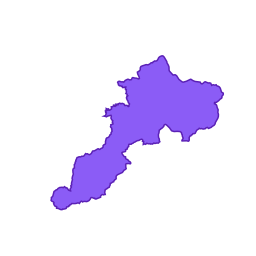 the district of Rio Iró (Santa Rita), Chocó, Colombia, rotated 334°
{"feature_id": "7082276B57881293772314", "entity_name": "Rio Iró (Santa Rita)", "entity_type": "district", "adm_level": 2, "iso_a3": "COL", "parent_name": "Colombia", "parent_adm1": "Chocó", "projection": "orthographic", "projection_center": [-76.486, 5.181], "detail": "fine", "context": "isolated", "style": "filled", "palette": "violet", "viewbox_px": 256, "rotation_deg": 334, "n_neighbors": 0, "source": "geoboundaries", "source_scale": "gbopen_adm2", "svg_char_len": 5946}
<svg xmlns="http://www.w3.org/2000/svg" viewBox="0 0 256 256"><g transform="rotate(334 128 128)"><path d="M30.0,169.7L31.5,171.6L32.9,172.5L33.8,172.2L34.5,172.7L36.7,173.2L37.3,173.1L38.2,172.1L39.6,172.5L40.0,172.5L40.5,172.0L41.3,172.3L41.9,171.6L43.0,171.8L44.2,171.2L47.2,172.7L48.5,173.1L50.0,173.3L50.7,173.7L51.2,174.5L53.1,173.4L54.0,173.3L54.3,173.6L54.8,174.6L55.4,174.5L56.6,174.8L58.7,176.1L60.2,176.2L61.4,176.1L62.0,175.6L62.5,175.6L63.9,174.5L64.4,174.4L65.3,174.8L66.4,176.1L67.3,176.5L67.3,177.3L68.1,177.8L73.0,178.2L73.3,177.4L74.3,176.8L75.5,176.5L76.3,176.9L76.9,177.5L77.9,177.4L78.4,177.7L78.9,175.4L79.8,174.5L80.1,173.7L81.7,173.3L82.4,173.4L83.0,173.1L85.3,173.0L85.8,172.3L86.9,171.5L87.8,170.0L88.8,170.2L90.6,169.8L91.5,170.1L92.3,169.3L93.5,168.7L94.4,168.8L95.4,168.0L95.7,166.9L96.3,166.1L97.0,165.7L98.2,165.4L103.5,165.5L105.9,164.2L107.7,164.1L108.2,163.9L108.7,163.5L108.8,162.1L109.4,161.2L109.8,160.0L110.7,159.3L113.0,160.2L114.3,161.2L114.8,161.1L115.2,160.5L115.1,159.4L114.1,157.8L113.9,156.3L112.8,155.2L112.6,154.5L112.6,154.0L113.2,153.0L113.0,152.6L112.1,152.1L111.8,150.9L111.4,148.5L111.8,147.4L112.7,147.4L115.4,148.0L116.1,147.2L116.3,146.4L117.2,146.4L118.1,146.6L119.1,145.2L120.5,145.0L121.1,143.6L121.8,143.1L123.9,144.0L124.4,143.7L125.8,143.9L126.9,143.5L128.0,143.7L129.4,143.5L130.9,143.5L132.5,144.0L133.4,143.8L135.2,144.0L135.7,144.4L135.9,145.0L135.9,145.6L135.2,146.3L136.1,147.1L136.1,147.3L135.5,147.9L134.5,149.5L135.9,149.6L136.7,150.4L138.1,150.0L139.9,151.5L141.0,151.7L141.3,152.4L142.7,152.8L143.0,153.2L144.7,152.9L145.4,153.7L147.2,154.1L148.7,154.9L149.8,154.4L150.6,154.3L150.6,153.2L151.3,151.6L151.3,150.0L151.8,148.6L152.5,147.1L153.7,145.9L155.2,143.6L156.8,143.4L157.2,143.1L158.3,143.1L160.4,142.4L160.9,142.2L161.5,141.3L162.5,141.1L163.1,141.1L163.9,142.0L165.4,146.1L165.9,149.4L166.1,149.8L167.9,151.4L170.8,152.6L173.0,153.9L173.6,154.6L174.0,155.7L173.6,156.8L173.8,157.8L173.3,158.9L173.1,161.3L172.1,162.2L171.1,162.6L170.9,163.3L175.1,165.2L176.4,166.3L177.0,166.3L177.7,165.8L178.8,163.4L180.3,162.4L181.2,162.6L182.0,162.0L182.9,162.2L183.9,161.5L185.1,162.1L186.0,162.2L188.5,160.3L189.5,160.0L191.5,159.8L191.9,159.5L192.6,160.4L193.6,160.6L195.1,161.9L197.1,162.5L198.2,162.1L199.5,162.2L200.2,163.7L203.0,163.9L204.4,163.5L206.6,163.3L208.1,162.5L208.9,161.4L213.0,158.6L214.3,157.2L215.3,155.3L215.6,153.3L217.0,151.2L217.1,148.8L217.6,146.6L217.6,145.9L216.9,145.1L216.9,144.3L216.4,144.0L216.8,143.2L217.3,143.0L218.1,143.6L218.6,143.7L221.5,143.2L223.3,142.5L225.1,142.3L225.8,141.8L225.9,141.4L226.4,140.6L227.9,140.0L228.4,139.5L228.9,138.4L227.8,136.7L228.4,132.6L228.1,131.1L227.4,130.0L226.7,129.5L226.2,128.5L226.2,127.8L224.7,127.5L223.5,126.4L221.9,126.4L222.0,124.0L221.1,123.2L219.8,122.7L217.8,120.4L216.9,120.2L215.2,120.7L214.0,120.8L213.3,120.3L213.0,119.2L213.0,118.4L208.6,115.5L207.1,113.8L206.0,111.9L205.5,111.6L201.1,111.6L197.7,111.0L196.9,110.3L195.1,106.7L194.6,102.2L193.7,100.8L191.7,100.1L190.2,95.1L190.3,94.0L191.6,91.1L191.8,89.2L191.6,86.5L192.0,85.3L191.6,80.1L191.0,78.5L190.1,78.0L188.3,77.8L187.1,78.0L186.2,78.4L185.0,79.4L183.5,80.2L182.2,80.0L181.3,79.4L180.8,79.6L179.7,79.5L178.7,80.1L177.4,79.5L175.5,80.0L173.6,80.0L172.1,79.0L168.0,78.4L166.5,78.4L165.3,79.4L164.7,80.8L163.6,81.6L160.9,81.9L160.4,83.7L160.4,87.0L159.9,88.5L159.0,88.5L157.4,86.9L156.0,86.1L154.5,84.8L153.7,84.8L152.3,86.0L150.7,85.6L149.7,84.4L148.9,84.0L146.4,84.0L144.3,84.9L143.8,84.3L142.4,83.7L141.4,82.9L141.1,82.4L140.1,82.0L139.4,82.0L138.7,82.4L138.6,84.4L138.3,84.9L138.8,86.3L139.7,86.7L140.3,87.6L141.0,87.8L141.1,88.3L140.8,89.1L141.1,89.5L142.8,89.8L143.0,90.5L143.8,90.1L144.0,90.2L142.7,91.9L143.3,92.8L142.7,93.5L142.6,94.4L141.7,95.8L141.2,96.1L141.9,97.0L142.0,97.4L141.4,98.3L141.9,99.0L141.2,99.3L140.7,99.3L140.6,99.7L140.0,99.9L139.7,100.7L139.8,101.3L139.5,102.1L139.8,103.3L139.4,105.5L139.7,106.1L139.9,107.1L138.8,107.9L138.2,108.9L137.6,108.8L137.1,107.3L136.2,106.8L135.1,106.5L134.9,105.8L135.1,105.1L134.0,103.6L133.3,103.2L132.4,103.2L131.9,102.8L131.6,102.1L129.8,102.0L129.5,102.6L128.9,102.0L128.7,102.3L128.3,101.8L127.9,102.1L127.5,101.6L127.3,102.7L126.7,102.6L126.4,102.2L126.2,102.8L125.9,102.9L125.4,102.5L125.4,101.4L125.0,101.1L124.5,101.8L123.8,102.1L123.2,102.1L122.3,101.6L122.1,102.3L121.8,102.8L121.6,103.6L119.3,104.0L118.1,103.3L118.9,102.8L118.9,102.3L117.7,101.8L117.0,101.0L116.7,102.1L116.1,102.2L116.6,103.0L115.9,103.0L115.6,103.3L115.1,103.1L115.1,103.9L114.8,104.1L114.7,104.5L114.7,104.9L115.1,105.0L114.9,105.4L113.2,106.9L111.6,106.8L112.7,107.6L113.5,108.5L114.8,108.4L117.5,108.9L118.3,109.2L118.2,110.1L117.0,111.6L117.0,113.5L117.5,114.9L116.4,115.9L116.6,116.9L116.2,117.8L114.0,117.5L113.8,118.2L112.9,119.0L112.8,119.6L113.3,121.1L112.8,121.8L112.8,122.7L112.4,123.1L112.3,123.9L110.8,124.7L110.2,126.0L108.8,126.2L108.5,126.6L107.0,127.6L105.7,127.8L104.6,127.6L103.8,127.9L101.8,130.3L100.9,132.3L100.4,132.5L99.0,132.5L97.9,132.9L97.1,134.3L96.2,134.7L95.1,134.5L93.2,134.9L92.7,134.6L92.5,133.9L91.8,133.5L87.9,133.8L86.1,133.2L83.9,134.8L81.9,135.2L80.8,134.3L80.3,133.4L79.3,133.1L78.7,132.4L76.3,133.7L75.5,133.8L75.0,133.7L74.2,133.1L72.7,133.2L71.4,132.4L70.1,132.4L69.5,132.2L68.8,132.5L67.7,133.7L67.0,134.0L66.5,135.1L65.5,135.6L64.9,136.8L63.7,137.3L62.3,140.5L61.2,140.4L60.0,141.6L59.0,144.0L58.7,145.4L56.7,147.4L55.7,148.7L55.4,150.1L53.0,152.8L52.5,154.4L51.6,154.6L51.1,155.1L51.3,156.2L49.2,157.5L48.9,159.4L48.6,159.3L48.0,158.4L47.4,158.0L47.1,156.3L47.1,155.5L46.7,155.3L46.3,154.5L45.8,154.4L45.3,152.9L43.5,153.2L42.9,152.4L40.4,151.5L38.5,151.7L37.3,152.3L36.2,152.1L35.2,152.4L33.7,152.6L30.8,156.0L30.0,156.6L28.7,156.8L28.0,158.2L27.1,159.3L27.4,160.3L28.5,161.7L28.7,162.4L28.7,162.8L28.0,163.3L27.9,164.9L28.1,166.2L29.4,167.4L29.3,167.8L28.8,168.3L28.6,168.8L30.0,169.7Z" fill="#8b5cf6" stroke="#5b21b6" stroke-width="1.5"/></g></svg>